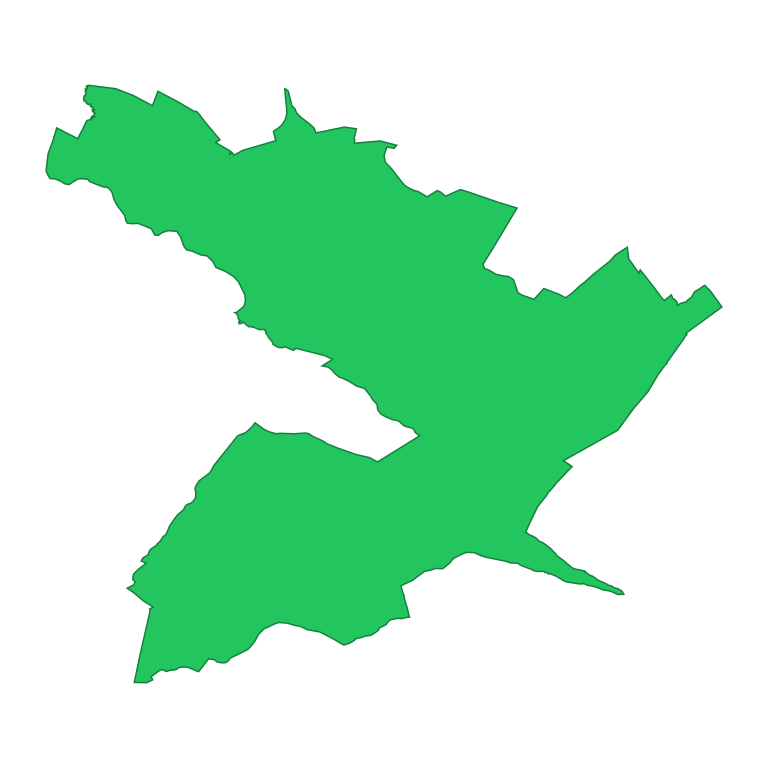 outline of Cornu Luncii, Suceava, Romania
{"feature_id": "2599482B28823747254243", "entity_name": "Cornu Luncii", "entity_type": "district", "adm_level": 2, "iso_a3": "ROU", "parent_name": "Romania", "parent_adm1": "Suceava", "projection": "natural_earth1", "projection_center": [26.137, 47.454], "detail": "fine", "context": "isolated", "style": "filled", "palette": "green", "viewbox_px": 768, "rotation_deg": 0, "n_neighbors": 0, "source": "geoboundaries", "source_scale": "gbopen_adm2", "svg_char_len": 6027}
<svg xmlns="http://www.w3.org/2000/svg" viewBox="0 0 768 768"><path d="M409.5,617.3L406.9,606.7L405.6,603.6L405.6,602.1L404.8,600.3L403.9,595.1L402.9,592.9L401.2,587.1L401.1,585.6L412.2,580.5L424.5,571.4L430.0,570.3L435.5,568.5L442.0,568.7L443.3,568.3L450.0,562.7L452.4,559.5L454.7,557.7L464.5,553.0L467.1,552.4L474.4,552.6L480.6,555.5L486.8,557.4L505.6,561.2L510.4,562.9L517.4,563.2L521.8,565.8L530.5,569.0L533.7,570.6L536.7,571.4L543.0,571.4L544.2,571.8L544.9,572.5L546.9,572.5L548.2,573.8L549.3,574.1L550.0,573.6L556.4,576.3L563.8,580.8L566.9,582.0L580.0,584.0L584.1,583.7L587.9,585.5L591.4,585.9L597.5,587.6L599.1,588.4L600.8,588.7L601.6,589.5L610.6,591.2L617.9,594.5L623.8,594.3L622.5,591.9L620.8,590.4L617.2,588.4L614.4,588.0L611.7,586.0L608.5,585.2L604.9,583.1L599.0,580.6L596.9,579.4L593.1,576.4L589.1,574.9L586.4,572.7L585.6,572.6L585.2,572.0L585.4,571.4L584.6,571.0L574.2,568.8L571.7,567.5L562.7,559.9L557.2,556.0L555.2,553.1L552.8,551.1L551.7,549.5L545.6,544.6L543.0,542.8L539.2,541.1L536.0,538.1L533.6,536.6L528.9,534.6L526.8,532.8L525.6,532.7L528.2,526.3L537.6,506.8L547.1,494.7L547.7,493.3L555.2,484.8L555.2,484.3L572.1,466.5L563.4,460.7L617.8,430.2L633.5,408.6L648.0,391.7L658.8,373.5L665.6,364.5L666.8,363.9L666.7,363.0L669.8,358.5L683.4,339.3L685.6,335.8L686.9,334.5L685.9,333.3L721.9,307.0L710.4,291.0L705.8,286.5L705.1,285.4L703.4,286.0L699.3,289.1L695.1,291.4L694.1,292.5L691.5,297.3L688.9,299.1L685.9,301.9L680.7,303.4L677.4,305.0L677.1,302.1L674.8,299.6L672.8,298.4L671.3,294.9L664.5,300.5L661.8,297.9L655.2,288.9L640.2,269.9L639.0,273.3L628.7,258.8L627.3,247.2L615.4,255.0L609.7,261.3L593.8,273.9L584.6,282.2L580.0,285.7L572.6,292.7L565.6,297.8L558.8,294.2L543.9,288.5L534.1,299.3L522.2,295.2L518.2,292.8L517.8,292.2L513.6,280.1L512.5,279.0L508.5,276.5L503.7,276.0L495.9,274.3L488.7,269.9L484.6,268.7L483.0,264.2L492.3,249.4L517.0,208.1L497.3,202.0L467.5,191.7L460.4,189.6L446.0,196.0L445.5,196.1L440.4,192.0L437.2,190.6L427.1,196.8L417.7,191.3L414.4,190.7L409.2,188.2L405.2,185.7L402.4,182.8L391.5,168.7L385.5,162.5L384.8,160.3L384.2,156.2L384.3,154.6L386.8,147.0L394.0,148.3L396.7,145.3L380.6,141.0L354.6,143.2L354.6,139.6L354.3,137.6L356.4,128.8L344.3,127.1L316.0,132.9L314.1,128.1L310.7,124.9L300.3,116.8L296.5,112.8L294.9,108.8L293.4,107.1L292.0,106.2L288.3,91.2L285.8,89.1L284.7,88.7L286.8,110.7L286.7,114.3L285.3,119.4L282.5,124.1L279.1,127.5L273.4,131.3L275.4,139.4L276.1,140.6L242.7,150.4L233.8,155.3L232.5,152.9L232.1,152.7L229.7,154.4L229.5,153.9L231.1,152.4L231.1,151.6L215.5,142.4L220.0,139.9L205.0,121.9L198.9,113.9L196.2,111.2L194.5,111.6L176.6,101.1L158.0,91.3L152.4,105.7L133.4,95.5L115.8,88.7L88.5,85.3L87.7,85.5L87.6,86.2L86.5,86.3L86.9,87.1L86.5,87.2L86.5,87.7L87.2,88.6L85.3,89.1L86.1,90.3L85.1,91.4L85.9,91.8L86.1,92.9L85.3,94.5L85.7,95.0L85.6,95.8L83.9,96.1L84.1,98.0L83.5,98.9L84.1,99.6L84.0,100.8L85.2,100.7L86.1,102.1L86.0,102.7L87.3,103.2L87.6,104.2L88.9,104.5L89.4,103.9L89.9,104.0L90.0,105.1L91.5,105.6L91.5,106.2L90.8,106.5L91.0,106.9L92.4,107.1L92.7,107.9L93.2,108.1L93.4,108.8L94.0,109.1L92.4,109.7L93.8,110.4L93.5,110.9L92.7,110.8L92.5,111.6L94.0,111.8L94.2,113.0L95.0,113.2L93.6,115.4L94.5,116.0L94.6,116.8L93.6,117.2L93.1,116.3L92.0,116.2L91.8,116.7L92.1,117.1L91.5,117.5L92.2,118.0L90.8,118.7L91.3,119.5L87.3,120.4L86.5,121.1L83.0,128.5L77.7,138.7L56.7,127.9L54.3,136.3L54.0,136.5L53.1,140.3L48.1,153.7L46.1,170.7L47.9,175.2L50.1,178.6L55.0,178.9L60.3,181.0L64.8,183.8L69.1,184.6L77.7,179.0L82.3,178.7L87.8,179.3L89.8,181.7L102.6,186.7L108.0,187.6L111.9,191.9L113.8,199.0L116.9,205.1L125.0,215.9L125.7,220.5L127.5,223.2L131.9,223.7L138.0,223.4L151.3,228.7L154.8,235.0L158.3,235.3L162.1,232.6L168.0,230.7L176.8,231.3L180.5,236.8L183.8,246.2L186.5,249.8L192.5,251.3L200.7,254.9L207.3,256.0L212.9,261.8L215.9,267.4L226.0,271.7L233.5,276.5L238.6,281.9L244.8,294.8L245.4,300.1L244.7,304.4L243.0,307.2L236.4,312.5L235.0,312.6L237.2,314.2L237.3,315.2L238.0,315.9L238.2,318.3L239.0,320.0L240.1,320.2L240.5,321.0L238.8,321.9L238.7,322.9L239.3,323.7L239.8,323.9L242.5,322.9L243.0,322.0L248.7,326.8L250.2,326.4L252.1,327.2L253.1,327.0L259.3,329.6L264.8,329.5L264.9,330.4L266.1,331.9L265.8,332.8L266.4,334.2L267.4,335.0L268.3,337.1L269.7,338.9L272.6,342.1L273.0,343.2L272.9,344.3L277.7,347.2L281.3,347.8L283.3,347.5L284.7,346.7L293.5,350.4L295.8,348.3L324.6,355.6L332.6,359.3L322.1,365.9L328.0,367.0L331.9,369.9L334.9,373.6L339.4,377.3L342.5,378.2L349.2,381.4L356.8,386.2L364.5,388.4L370.6,396.1L372.7,399.8L375.3,402.3L377.2,405.1L377.6,409.5L380.9,414.1L385.2,416.5L392.6,419.7L397.7,420.6L400.4,422.4L403.2,425.2L404.9,426.2L412.4,428.3L413.5,429.2L415.3,432.6L419.7,435.8L377.8,461.8L375.8,461.1L369.6,457.6L356.0,454.5L336.4,447.6L326.9,443.7L323.2,441.1L313.6,436.8L308.2,433.5L305.3,433.0L293.6,433.8L281.5,433.3L275.9,433.6L273.8,433.2L268.6,431.6L264.0,429.3L255.0,422.8L252.3,426.6L245.6,432.7L239.6,434.9L237.4,436.1L214.2,465.1L211.0,470.8L208.9,473.5L198.9,481.0L195.5,486.8L195.0,489.2L195.9,493.4L195.6,497.6L193.6,500.7L191.1,503.1L187.2,504.4L185.5,505.9L183.3,510.0L177.9,514.5L174.4,519.0L169.4,526.4L166.7,533.0L165.4,535.0L163.1,536.6L159.7,541.9L157.5,543.6L156.1,545.7L150.9,549.0L149.3,551.0L148.1,554.7L142.9,558.0L141.2,561.0L146.2,563.2L138.6,569.1L134.1,573.5L133.3,574.9L132.7,579.4L135.0,582.0L133.7,584.8L127.2,588.2L133.5,592.5L142.9,600.5L153.1,607.1L149.5,609.2L150.2,610.5L140.2,654.2L134.3,682.4L146.7,682.7L152.7,679.8L151.1,676.7L159.0,670.9L161.9,669.4L166.5,671.5L169.2,670.5L175.8,669.7L179.7,667.2L185.8,667.1L188.0,667.4L198.6,671.7L208.6,658.9L214.3,659.7L217.5,662.1L221.5,662.8L225.6,662.7L228.6,660.6L230.1,658.2L247.5,649.7L250.4,646.9L254.8,641.4L258.3,634.7L263.9,628.9L275.4,623.6L278.8,622.5L287.0,623.1L294.9,625.4L300.3,626.4L307.2,629.6L319.9,632.0L332.9,638.7L343.2,644.8L344.3,644.9L349.1,643.4L353.4,641.0L356.0,638.7L361.9,637.4L364.6,636.2L371.0,635.3L377.9,630.8L379.5,627.9L385.8,624.8L388.8,621.1L390.5,619.8L397.3,618.3L401.5,618.7L406.4,617.4L409.5,617.3Z" fill="#22c55e" stroke="#15803d" stroke-width="1.5"/></svg>